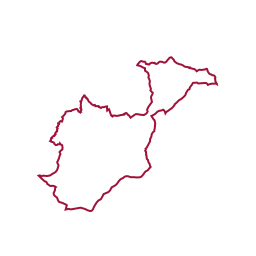 Predeal, Brasov, Romania (Natural Earth projection), rotated 328°
{"feature_id": "2599482B30401095830513", "entity_name": "Predeal", "entity_type": "district", "adm_level": 2, "iso_a3": "ROU", "parent_name": "Romania", "parent_adm1": "Brasov", "projection": "natural_earth1", "projection_center": [25.612, 45.498], "detail": "fine", "context": "isolated", "style": "outline", "palette": "rose", "viewbox_px": 256, "rotation_deg": 328, "n_neighbors": 0, "source": "geoboundaries", "source_scale": "gbopen_adm2", "svg_char_len": 5772}
<svg xmlns="http://www.w3.org/2000/svg" viewBox="0 0 256 256"><g transform="rotate(328 128 128)"><path d="M226.6,137.9L226.8,137.4L226.8,134.8L227.7,133.2L227.8,132.3L228.9,131.5L229.0,131.0L229.0,129.9L228.7,128.9L227.7,128.1L227.3,127.3L226.8,126.9L226.6,126.2L226.0,125.5L225.7,125.0L225.6,122.6L225.7,121.8L226.1,120.8L226.3,120.1L226.2,119.6L225.8,119.3L224.0,119.1L223.0,118.5L221.3,117.9L219.6,116.5L219.3,116.4L218.3,116.2L217.3,116.3L216.3,116.3L216.1,115.0L215.6,113.3L214.1,111.9L212.9,110.5L212.6,110.0L212.6,109.6L212.1,109.7L212.0,109.3L211.6,109.3L211.3,108.5L211.0,107.9L210.5,107.6L209.3,106.7L208.5,105.8L207.8,104.0L206.7,102.3L205.4,101.2L204.8,100.2L204.1,99.5L203.3,97.8L203.1,97.0L202.7,96.2L202.7,95.6L202.9,95.3L203.0,94.5L202.8,93.5L202.6,93.1L202.5,91.8L202.3,91.1L201.0,90.5L199.4,90.7L198.7,91.1L197.3,91.4L195.6,92.1L193.9,92.1L192.9,91.4L192.6,90.8L191.9,89.9L190.5,88.8L189.9,88.6L189.0,88.6L187.1,89.0L185.9,88.6L185.3,88.1L185.1,86.8L184.4,86.7L183.0,85.3L181.3,85.0L180.4,85.0L179.7,85.4L179.2,85.2L178.8,84.5L178.2,84.1L178.1,83.8L177.2,83.3L177.2,82.9L177.6,81.5L177.4,80.7L176.3,80.1L174.7,78.2L174.0,78.1L173.4,78.1L169.9,79.1L169.1,79.7L170.7,81.3L172.0,83.1L172.7,84.6L174.1,86.3L172.8,88.4L173.8,90.6L174.2,92.3L173.3,94.8L172.0,96.1L171.9,97.8L171.4,99.9L169.8,101.6L169.0,103.4L168.2,106.9L166.9,108.1L167.6,111.4L166.4,112.4L164.9,113.2L163.7,114.2L162.1,118.6L156.5,120.9L153.9,122.6L153.7,123.0L153.5,124.2L153.1,124.6L151.7,125.3L150.6,125.5L148.8,125.5L148.0,125.3L147.4,124.6L145.5,123.4L144.8,122.5L142.8,120.9L141.9,120.4L140.9,120.3L135.6,120.6L135.6,118.7L135.2,117.0L134.9,116.7L134.8,115.1L134.6,114.5L134.2,114.2L132.6,114.5L132.6,114.0L131.9,113.9L131.6,114.5L129.3,113.6L128.5,113.1L127.3,112.8L125.7,112.2L124.2,111.3L123.5,110.5L122.9,110.1L122.0,109.8L121.3,110.1L120.2,110.1L120.4,110.0L120.8,109.5L120.8,109.4L120.6,109.2L120.8,108.7L120.6,108.6L120.4,108.3L120.9,106.0L121.8,102.6L121.8,101.9L119.6,102.2L121.0,99.5L121.7,98.6L120.7,98.1L118.3,97.4L117.3,96.7L115.7,96.7L115.6,96.3L114.9,95.5L115.0,94.7L114.3,94.5L114.3,93.6L111.9,92.2L112.1,90.9L110.9,90.6L109.7,88.5L109.7,87.7L109.4,86.6L108.8,84.9L108.8,83.9L109.0,82.9L108.7,82.1L109.1,81.6L108.7,80.5L108.4,80.2L108.7,79.8L108.1,79.1L108.0,78.4L108.2,77.7L108.4,77.6L108.1,77.1L106.4,77.9L105.2,78.3L102.3,80.8L102.0,80.9L101.8,80.3L101.7,80.2L101.6,80.3L101.7,80.9L101.7,81.3L101.2,82.1L100.3,83.2L98.9,85.8L98.2,85.8L98.3,87.1L98.2,87.3L98.3,87.7L98.2,87.9L97.1,88.3L97.0,88.6L96.6,88.8L96.4,88.7L96.2,89.0L96.4,89.5L96.0,89.5L95.7,89.6L95.6,89.0L95.3,88.6L95.2,88.3L94.8,87.9L94.8,87.5L95.0,85.4L94.9,85.0L94.5,84.7L93.0,84.0L91.6,83.8L90.3,83.3L89.8,83.3L88.8,83.5L87.6,82.8L84.6,81.4L83.6,81.4L83.0,81.9L82.8,82.3L82.2,82.7L80.0,83.4L77.9,83.8L78.1,84.6L77.9,84.9L77.8,85.5L75.5,87.6L75.2,87.4L75.1,86.9L74.4,86.4L73.2,86.5L72.3,87.5L71.7,87.6L71.5,87.1L71.2,87.0L71.0,87.9L70.9,88.0L71.2,88.1L71.2,88.3L70.9,88.3L70.3,88.7L69.6,89.5L68.9,89.4L68.2,89.6L68.4,89.9L68.0,90.5L68.0,91.0L67.6,91.0L67.4,91.2L67.2,91.7L66.7,92.0L66.8,92.3L66.4,92.6L66.1,93.3L65.2,93.4L64.8,93.3L63.9,93.6L63.4,94.2L63.4,94.7L62.9,94.6L62.6,95.1L62.0,95.4L61.8,95.4L61.4,95.2L61.3,95.4L61.5,95.6L61.2,95.7L60.8,95.4L59.8,95.3L57.9,95.8L58.1,96.3L56.9,96.4L56.6,96.8L56.2,97.5L55.2,97.6L55.8,97.8L55.1,97.9L55.9,99.3L56.7,100.0L57.4,101.3L57.2,102.8L57.7,104.1L58.9,104.8L60.0,104.6L61.3,105.5L62.1,104.9L62.1,105.8L62.3,106.5L62.8,107.0L63.0,107.9L62.0,110.1L61.0,111.4L60.2,111.4L57.3,112.0L57.1,112.2L56.9,114.3L55.1,115.5L53.1,117.4L52.1,117.9L51.0,118.8L50.0,119.3L49.6,120.0L49.4,122.3L49.1,123.1L46.0,125.8L44.4,126.6L43.1,126.9L42.0,127.0L39.2,126.8L37.1,127.0L35.0,126.3L34.0,125.9L30.7,123.4L29.4,123.2L28.0,121.4L27.0,121.1L28.0,125.4L29.0,128.6L29.4,129.6L30.0,130.0L30.2,131.1L30.1,132.3L29.9,132.6L31.0,135.2L31.4,136.0L33.3,137.0L33.9,137.4L35.2,139.0L35.2,139.6L35.4,139.9L34.7,140.0L32.9,142.2L30.4,143.8L29.8,145.3L30.0,147.1L30.7,148.7L30.9,149.9L30.4,151.6L30.3,153.7L30.5,154.3L32.7,156.8L35.0,160.4L35.2,161.1L31.9,164.1L34.3,164.9L35.1,165.4L36.3,166.6L37.0,167.0L45.5,170.4L48.4,173.6L50.2,176.4L51.2,177.6L52.2,178.6L53.4,178.9L53.8,178.9L55.1,178.4L57.6,176.7L61.4,174.8L63.0,174.2L64.5,173.8L67.2,174.0L70.3,172.4L71.0,171.9L72.4,171.1L73.0,171.3L75.7,171.6L76.6,171.9L77.5,171.9L79.5,171.5L80.4,171.1L81.5,170.2L82.0,170.2L83.2,169.6L84.1,169.8L87.0,169.9L87.9,169.8L90.5,168.9L92.2,168.1L94.6,167.5L97.4,167.8L98.6,167.6L99.9,167.6L101.3,168.1L102.6,169.1L104.0,170.9L105.2,171.8L107.6,173.3L108.5,174.1L111.9,176.1L113.2,176.3L114.5,176.1L117.2,175.2L118.5,174.5L119.8,174.2L122.5,174.3L125.2,173.3L126.0,173.3L126.4,173.1L126.3,172.8L126.6,172.6L126.7,171.8L127.3,169.8L127.2,168.4L127.4,167.4L127.6,166.7L128.0,165.8L127.6,164.3L128.2,162.7L129.2,161.0L129.1,160.4L129.2,160.2L130.1,158.9L130.1,158.5L130.6,158.0L130.5,156.5L130.9,156.4L131.5,155.9L131.7,155.7L131.8,155.0L133.4,154.6L135.8,153.2L136.5,152.9L137.6,152.1L139.3,151.2L139.9,150.7L140.1,150.1L140.9,149.4L141.2,148.8L141.6,148.7L143.3,147.6L145.1,145.6L147.5,144.7L148.7,144.6L149.2,143.8L150.7,142.2L151.7,140.8L152.1,140.5L152.8,139.3L153.2,139.0L153.7,138.3L154.1,136.8L154.5,136.0L154.6,135.2L154.3,134.6L154.2,130.2L157.5,130.5L159.3,130.3L161.4,129.8L162.1,129.8L163.7,130.0L165.5,130.8L167.4,131.1L167.4,131.5L167.9,132.1L168.0,132.4L167.8,134.4L167.5,135.4L168.8,134.8L169.7,134.7L175.6,134.4L179.4,133.4L179.8,132.8L180.7,132.5L182.0,132.4L185.9,131.5L188.7,131.6L191.3,131.2L193.9,130.6L195.9,129.0L198.0,127.9L199.3,127.4L200.7,127.7L202.0,126.4L203.0,125.9L204.4,125.5L207.0,124.2L210.5,126.0L211.2,127.5L217.5,130.8L218.4,131.8L218.6,132.7L218.6,133.8L220.1,134.0L222.1,134.6L226.2,137.0L226.6,137.9Z" fill="none" stroke="#9f1239" stroke-width="2"/></g></svg>